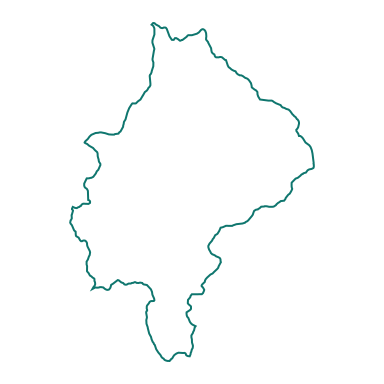 outline of Coto Brus, Puntarenas, Costa Rica
{"feature_id": "36466004B67962139153797", "entity_name": "Coto Brus", "entity_type": "district", "adm_level": 2, "iso_a3": "CRI", "parent_name": "Costa Rica", "parent_adm1": "Puntarenas", "projection": "equal_earth", "projection_center": [-82.934, 8.894], "detail": "fine", "context": "isolated", "style": "outline", "palette": "teal", "viewbox_px": 384, "rotation_deg": 0, "n_neighbors": 0, "source": "geoboundaries", "source_scale": "gbopen_adm2", "svg_char_len": 5909}
<svg xmlns="http://www.w3.org/2000/svg" viewBox="0 0 384 384"><path d="M92.4,289.0L95.2,287.5L97.2,287.7L99.0,287.5L99.9,287.1L101.1,287.1L103.4,287.5L104.6,288.7L106.4,289.7L107.8,289.9L108.7,289.6L109.2,289.4L110.4,287.7L111.2,284.8L112.9,283.8L117.7,280.1L118.7,280.3L121.3,282.4L123.3,283.1L124.4,284.4L125.5,284.7L126.7,284.6L128.5,283.6L130.9,283.5L131.8,283.0L133.4,282.8L134.5,282.2L135.4,282.2L136.7,282.9L138.5,283.0L140.1,282.6L142.3,283.0L142.9,283.9L143.7,284.4L146.9,285.0L150.9,289.3L152.0,291.9L152.4,294.7L154.1,298.5L154.4,300.2L153.8,301.0L151.0,301.1L149.7,301.8L148.8,303.4L147.1,305.5L146.8,306.3L146.7,308.4L147.1,309.8L147.1,310.7L146.6,311.1L146.2,312.0L146.2,313.0L146.9,316.9L146.9,317.7L146.3,320.1L146.5,323.8L147.7,327.2L147.8,328.1L149.2,333.6L151.0,336.9L151.6,339.3L152.7,341.9L153.5,342.8L154.0,344.1L154.8,345.0L156.2,349.2L158.4,352.6L160.4,354.9L161.6,357.1L162.5,358.0L163.6,358.6L164.3,359.6L164.8,360.0L165.6,360.4L167.3,360.9L169.6,361.0L170.2,360.1L170.7,359.8L171.1,359.1L172.2,358.4L173.6,356.0L174.4,355.0L176.5,353.5L178.5,352.7L183.0,353.0L184.7,352.9L185.7,353.6L186.0,354.8L186.6,355.5L187.9,356.1L189.7,356.3L190.5,354.4L190.8,352.6L191.2,352.0L191.8,349.6L192.7,348.0L192.9,346.4L192.9,345.5L192.0,342.5L191.9,339.4L191.4,337.2L191.4,335.4L192.9,333.0L193.3,331.6L194.0,330.5L194.7,327.5L195.6,326.2L192.4,324.6L191.1,323.5L189.9,321.9L188.3,317.9L187.2,316.7L186.7,315.2L186.5,313.2L186.6,312.3L189.5,310.4L190.6,309.5L191.0,308.8L191.0,306.8L190.9,306.3L188.4,304.1L187.8,303.2L188.0,299.9L190.2,297.3L190.6,295.9L191.8,294.3L201.8,294.2L203.0,293.1L204.1,290.5L204.2,289.7L202.9,287.4L201.7,286.3L201.6,285.6L201.8,285.0L202.5,284.1L204.8,281.9L205.0,280.6L205.7,279.2L207.1,277.6L210.5,274.5L212.6,273.5L214.1,271.9L217.2,269.0L218.2,267.8L218.6,266.4L220.9,262.1L220.6,261.5L220.5,259.6L220.2,258.6L219.6,257.9L218.3,257.2L216.0,256.3L215.4,255.7L213.9,254.9L212.3,254.3L210.9,253.0L210.3,251.6L209.1,249.6L208.4,247.5L208.3,246.0L209.5,243.6L212.1,240.6L212.7,239.2L213.7,238.1L215.2,235.2L217.2,234.0L217.6,233.6L219.3,230.8L220.6,227.7L222.8,227.2L226.0,225.8L232.1,225.9L233.2,225.3L236.4,224.2L242.5,223.5L245.0,222.7L245.5,222.1L247.3,221.2L248.2,220.4L251.9,216.0L252.8,214.7L253.6,212.2L254.2,210.8L256.0,209.7L257.9,209.4L258.3,208.9L259.5,208.3L261.2,206.7L264.2,206.5L264.8,206.2L266.9,206.3L269.1,206.8L272.4,206.8L273.7,206.6L275.9,205.2L276.4,204.4L278.1,202.9L279.5,202.1L280.7,201.1L284.1,200.7L285.4,199.0L285.7,198.0L287.4,195.8L288.3,194.7L289.7,193.7L291.1,191.4L292.1,189.3L292.2,188.8L291.8,187.6L291.6,186.2L291.6,183.6L291.7,182.6L295.6,178.6L297.8,177.8L300.4,175.7L301.6,174.4L302.8,174.0L303.1,173.5L304.2,173.0L305.9,172.6L307.6,170.3L309.2,169.4L311.7,168.9L313.4,168.0L313.8,166.9L313.8,164.6L313.5,163.7L313.7,163.2L312.5,153.6L311.8,150.2L310.6,147.1L309.3,145.3L305.5,142.5L302.9,138.3L301.5,136.8L300.3,136.0L299.0,136.0L298.2,133.6L296.4,131.0L296.3,129.8L297.4,128.6L298.2,127.1L299.0,123.7L299.0,122.6L298.7,121.2L297.6,119.5L296.9,119.1L295.6,117.1L294.2,116.1L293.2,114.9L292.6,114.5L290.2,111.1L288.6,109.6L286.2,108.9L284.4,107.9L282.8,107.5L281.7,106.7L280.6,105.1L276.1,103.3L273.9,102.0L272.5,100.9L271.6,100.6L268.4,100.6L260.0,99.5L258.2,96.5L257.5,94.4L257.4,92.1L257.2,91.7L255.8,90.2L254.6,89.6L251.8,87.4L251.6,85.7L251.0,83.2L249.1,80.4L247.9,79.1L246.6,78.3L245.4,78.0L242.7,76.0L241.1,75.3L239.7,75.3L237.8,74.3L236.7,73.3L235.5,71.3L233.7,70.7L231.5,69.5L230.0,68.1L228.7,67.2L227.8,65.6L226.0,60.1L225.0,59.9L222.0,57.3L220.8,57.0L219.8,57.0L218.9,57.3L216.1,57.3L215.4,56.9L214.8,56.0L214.4,54.5L212.6,53.3L211.7,52.0L211.3,49.9L211.1,48.2L208.2,42.7L208.1,42.1L206.1,39.6L206.1,37.9L206.3,36.9L206.3,35.8L206.1,33.2L205.4,31.2L204.5,30.0L203.4,29.3L202.3,29.2L201.0,30.0L198.9,32.4L196.9,33.7L191.9,35.2L188.3,35.2L187.6,35.6L186.6,36.8L182.4,40.0L181.7,40.0L180.5,40.7L179.9,40.7L178.1,39.2L176.2,38.1L175.0,38.1L173.7,39.9L172.2,39.9L171.8,39.8L169.5,36.3L166.8,29.0L165.9,27.8L165.1,27.5L163.9,27.5L162.6,28.1L161.2,28.0L160.1,27.4L159.2,26.3L155.6,24.3L154.8,23.4L153.9,23.0L153.0,23.1L151.6,24.7L152.7,25.4L153.4,26.2L154.3,28.2L154.4,29.2L154.4,34.5L152.5,40.2L152.4,42.2L152.5,43.0L154.3,48.6L154.3,49.3L153.9,50.9L152.5,59.1L152.6,60.2L153.4,62.5L153.3,66.3L151.8,70.9L151.5,72.4L150.8,74.0L150.1,74.7L149.7,75.9L150.4,83.5L150.4,85.2L150.1,85.9L149.5,86.9L148.5,87.8L147.7,89.4L146.8,90.6L144.8,92.1L143.0,95.4L142.9,95.4L140.5,99.5L138.0,101.3L136.0,103.3L135.2,103.5L132.4,103.4L131.6,104.3L129.2,108.1L127.4,112.5L125.5,119.5L124.0,121.8L123.8,122.8L123.7,123.9L123.2,125.5L123.1,126.8L120.5,131.5L119.2,132.4L118.5,133.6L114.9,134.1L114.2,134.6L112.0,134.6L108.9,134.4L105.2,133.2L101.1,132.4L99.8,132.4L98.1,132.8L95.6,133.0L91.4,134.8L89.5,136.6L87.8,139.0L85.4,141.2L84.6,142.4L84.6,142.6L85.2,143.1L87.2,144.0L89.1,145.7L93.1,148.0L94.9,150.1L97.2,152.2L97.6,153.5L97.7,156.1L98.1,157.8L98.6,159.4L98.8,161.0L99.2,162.1L100.3,163.7L100.4,165.0L98.3,169.8L96.8,171.3L95.8,173.5L93.3,176.8L91.4,177.8L90.4,177.9L89.0,178.3L86.7,178.4L84.2,183.6L84.2,185.7L84.6,186.9L85.3,187.8L86.8,188.8L87.5,190.0L87.9,190.9L88.2,200.0L89.1,200.3L89.8,200.9L90.1,201.8L90.0,202.9L88.5,203.9L83.2,203.7L81.9,204.4L81.1,205.4L80.8,206.0L79.9,206.3L79.4,206.9L78.3,207.2L76.8,208.1L75.0,207.9L72.8,206.9L72.0,208.7L72.0,209.3L72.9,210.3L73.0,210.7L71.8,214.9L71.6,215.1L71.8,218.3L71.2,219.7L70.6,220.4L70.2,222.6L70.6,223.6L71.9,225.2L74.0,230.1L74.4,230.7L75.6,231.6L75.8,235.1L76.2,236.2L78.6,237.6L80.1,240.3L81.1,241.2L82.0,241.2L83.3,240.5L84.8,240.5L86.2,241.5L87.0,243.1L87.1,245.0L87.5,246.5L89.7,250.9L90.1,252.3L89.7,255.1L88.9,256.5L87.9,259.5L86.6,261.6L86.6,264.5L87.1,266.1L87.0,271.0L87.1,271.4L88.6,273.1L89.9,275.5L91.4,276.4L92.5,277.5L94.0,278.4L94.4,278.9L94.5,281.1L95.0,282.2L95.2,284.1L94.7,285.6L93.6,286.9L92.4,289.0Z" fill="none" stroke="#0f766e" stroke-width="2"/></svg>